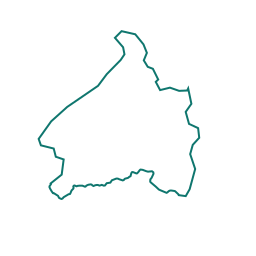 the district of Lawrence, Kentucky, United States of America, rotated 111°
{"feature_id": "52423323B59215052326858", "entity_name": "Lawrence", "entity_type": "district", "adm_level": 2, "iso_a3": "USA", "parent_name": "United States of America", "parent_adm1": "Kentucky", "projection": "albers", "projection_center": [-82.636, 38.073], "detail": "fine", "context": "isolated", "style": "outline", "palette": "teal", "viewbox_px": 256, "rotation_deg": 111, "n_neighbors": 0, "source": "geoboundaries", "source_scale": "gbopen_adm2", "svg_char_len": 1704}
<svg xmlns="http://www.w3.org/2000/svg" viewBox="0 0 256 256"><g transform="rotate(111 128 128)"><path d="M37.9,154.8L39.9,168.7L48.5,172.5L54.4,161.5L60.5,157.7L67.1,159.2L85.3,167.1L99.4,171.1L130.1,192.3L149.3,202.1L170.2,207.5L175.4,203.1L173.8,190.0L180.7,185.1L180.4,176.8L195.3,173.2L207.4,180.3L207.6,179.9L208.1,179.8L210.5,180.4L211.4,180.1L212.7,178.8L214.6,176.4L215.7,174.7L215.7,174.3L215.4,174.0L216.4,169.0L217.9,167.4L218.1,166.0L218.1,164.7L217.7,164.2L217.2,163.8L215.7,163.3L211.1,159.7L210.5,158.6L209.8,158.4L206.6,158.3L204.2,157.3L203.4,157.4L202.2,158.1L201.4,158.0L200.9,157.5L200.8,156.9L200.9,155.9L200.8,155.0L200.2,154.5L199.2,152.6L198.2,149.9L198.2,147.1L197.8,146.6L196.7,146.2L195.2,144.7L194.0,142.6L193.9,141.7L194.4,140.5L194.5,139.4L193.2,138.1L192.3,136.6L192.0,135.7L192.0,134.0L191.2,132.9L190.5,132.1L190.5,129.9L189.9,128.9L187.2,128.1L185.3,124.9L182.6,124.3L179.4,120.8L178.9,119.3L179.0,117.8L178.8,114.1L178.1,113.3L176.8,112.9L176.3,112.5L174.8,110.4L174.2,109.8L173.4,109.5L172.1,108.4L169.0,108.7L167.9,108.5L167.6,108.2L167.4,107.5L167.4,103.9L167.1,103.3L165.8,102.7L163.1,101.9L162.4,101.5L162.2,101.0L161.8,99.2L161.8,95.6L161.6,93.7L159.8,90.1L160.3,88.5L161.6,87.8L166.0,88.1L167.9,88.7L169.8,88.2L170.5,87.6L172.8,81.0L174.4,77.1L174.5,75.6L174.7,68.8L174.1,68.2L172.3,67.3L171.3,66.3L170.8,65.0L170.1,61.8L170.2,61.2L171.9,57.1L172.5,56.6L170.9,49.7L163.1,48.5L142.2,50.6L130.1,60.6L120.5,61.5L111.6,58.0L103.0,62.5L102.3,72.5L92.3,79.9L82.7,77.5L69.5,86.0L71.8,86.2L75.0,93.6L75.3,103.3L81.1,111.6L75.0,118.6L71.9,117.2L63.8,126.0L63.8,131.5L59.2,137.5L51.1,137.3L44.4,143.5L37.9,154.8Z" fill="none" stroke="#0f766e" stroke-width="2"/></g></svg>